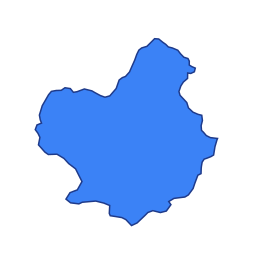 the district of Yeongcheon-si, North Gyeongsang, South Korea, rotated 104°
{"feature_id": "91817680B48235767363306", "entity_name": "Yeongcheon-si", "entity_type": "district", "adm_level": 2, "iso_a3": "KOR", "parent_name": "South Korea", "parent_adm1": "North Gyeongsang", "projection": "natural_earth1", "projection_center": [128.917, 36.001], "detail": "fine", "context": "isolated", "style": "filled", "palette": "blue", "viewbox_px": 256, "rotation_deg": 104, "n_neighbors": 0, "source": "geoboundaries", "source_scale": "gbopen_adm2", "svg_char_len": 1505}
<svg xmlns="http://www.w3.org/2000/svg" viewBox="0 0 256 256"><g transform="rotate(104 128 128)"><path d="M154.6,46.1L149.5,47.2L147.3,47.5L143.2,47.8L139.8,46.6L138.2,44.1L135.7,40.6L133.5,38.4L125.1,39.1L117.9,38.8L116.5,38.6L117.4,45.8L116.4,50.2L113.9,53.7L112.5,56.1L108.1,57.6L102.7,57.6L97.8,59.5L97.8,63.4L96.9,68.8L93.9,74.2L89.1,77.1L83.7,85.4L80.3,87.4L74.4,86.9L70.0,85.4L65.5,82.2L60.2,83.4L59.9,80.3L57.4,77.2L53.6,77.2L53.0,80.9L52.1,83.8L48.3,84.7L46.1,86.6L45.8,91.0L43.3,95.0L40.5,98.5L39.6,104.4L39.6,108.5L37.7,111.6L36.4,115.0L34.2,119.7L34.9,123.8L38.6,126.0L44.2,129.4L47.0,134.1L49.8,136.3L51.2,136.6L54.5,137.3L60.5,137.9L67.3,139.1L73.3,140.1L78.6,142.9L80.5,145.7L83.6,148.2L92.5,149.0L101.2,153.4L103.7,157.8L103.2,162.7L101.7,168.6L100.7,172.0L100.7,179.8L105.1,186.2L106.6,189.6L103.7,193.5L104.2,198.9L107.6,201.9L109.0,206.8L111.0,211.2L114.9,213.1L127.1,216.6L136.9,217.1L141.3,215.1L144.2,213.1L147.1,217.1L147.6,217.1L152.0,217.6L154.9,214.1L158.4,211.2L166.0,210.8L171.5,202.8L173.0,198.9L170.6,190.6L173.0,182.8L176.9,176.9L180.3,169.0L191.1,159.7L200.3,162.2L204.7,168.6L212.0,171.0L214.5,165.6L213.5,157.3L211.1,154.4L206.7,141.6L206.7,133.3L207.6,127.0L215.4,125.5L217.4,124.0L216.9,118.6L216.4,112.3L217.4,107.9L221.8,101.0L217.9,96.2L208.6,90.3L205.2,88.3L202.2,83.9L202.2,76.1L199.3,70.7L192.0,67.8L189.5,70.7L185.2,66.4L184.2,63.9L181.2,56.1L178.3,53.2L171.0,50.2L165.6,49.8L156.9,48.8L154.6,46.1Z" fill="#3b82f6" stroke="#1e3a8a" stroke-width="1.5"/></g></svg>